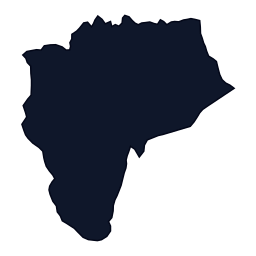 the district of Óleo, São Paulo, Brazil
{"feature_id": "56859067B72488738088697", "entity_name": "Óleo", "entity_type": "district", "adm_level": 2, "iso_a3": "BRA", "parent_name": "Brazil", "parent_adm1": "São Paulo", "projection": "mercator", "projection_center": [-49.384, -22.97], "detail": "fine", "context": "isolated", "style": "filled", "palette": "ink", "viewbox_px": 256, "rotation_deg": 0, "n_neighbors": 0, "source": "geoboundaries", "source_scale": "gbopen_adm2", "svg_char_len": 1685}
<svg xmlns="http://www.w3.org/2000/svg" viewBox="0 0 256 256"><path d="M129.0,16.8L124.8,15.4L122.6,18.0L122.1,23.0L118.9,26.2L115.3,24.6L111.8,26.6L110.5,21.5L105.2,23.8L102.1,19.4L97.8,16.0L95.0,20.0L93.5,23.6L91.5,26.8L87.6,22.2L83.7,22.9L79.5,28.2L76.6,31.2L71.9,34.3L71.8,39.0L69.9,42.7L70.6,46.3L69.7,49.9L66.2,50.1L62.1,46.9L55.7,44.7L50.2,44.9L44.3,45.8L41.1,50.1L36.5,49.7L32.7,50.4L26.8,51.5L22.8,55.0L25.9,58.3L27.3,62.5L30.7,66.1L30.9,73.5L31.5,79.7L31.5,85.5L31.1,95.2L27.8,99.0L23.2,105.6L25.6,112.8L26.7,117.0L21.9,124.3L23.9,130.3L25.6,134.8L28.1,138.3L32.8,143.1L39.0,147.4L42.8,151.2L43.9,158.0L44.8,161.7L46.3,166.3L49.4,170.9L52.8,175.0L54.8,178.7L52.2,181.8L49.7,186.1L49.0,189.9L50.1,194.3L52.9,201.3L56.4,205.9L57.3,211.9L60.3,215.8L62.3,220.8L66.4,223.2L74.3,228.3L78.2,232.4L83.1,237.3L88.4,239.6L97.4,240.6L101.5,239.7L106.8,236.4L110.5,231.0L110.5,226.0L108.5,221.6L111.8,217.6L113.1,211.0L113.3,205.5L114.9,199.9L117.0,195.7L119.0,190.7L121.1,185.3L122.6,179.2L124.2,172.8L125.9,168.0L126.5,163.8L126.1,160.0L127.2,155.6L128.5,152.2L130.5,146.3L134.7,149.1L139.3,157.0L143.8,151.2L144.4,145.2L147.3,139.9L158.3,135.5L162.8,134.5L190.3,126.3L194.0,121.9L197.1,117.1L199.7,112.8L202.7,109.4L207.3,106.2L234.1,88.3L230.0,85.2L225.6,83.0L222.1,79.7L219.7,74.6L218.4,69.7L217.5,66.1L216.4,61.5L213.2,58.9L208.6,56.1L206.6,51.1L205.3,46.5L203.6,43.0L202.2,38.2L200.5,33.5L200.3,27.0L199.7,20.6L195.0,19.4L190.9,18.6L187.2,19.4L183.5,20.0L178.8,21.8L174.7,21.5L171.3,22.0L166.8,24.7L163.7,21.6L160.4,19.8L157.5,24.3L154.2,23.6L149.8,22.0L145.3,22.6L141.7,23.0L138.3,24.7L135.1,23.2L132.3,20.6L129.0,16.8Z" fill="#0f172a" stroke="#020617" stroke-width="1.5"/></svg>